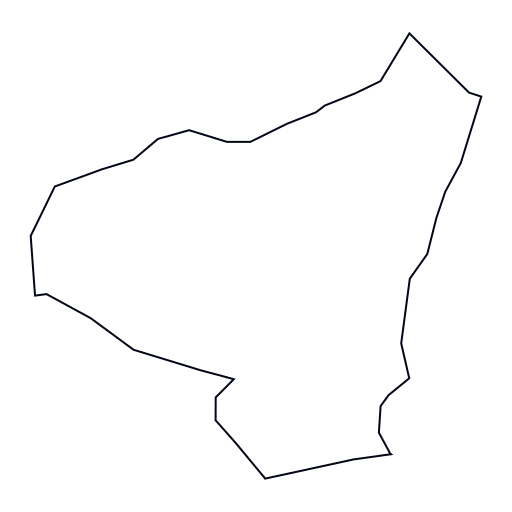 the Municipality of Berane
{"feature_id": "MNE-1509", "entity_name": "Berane", "entity_type": "Municipality", "adm_level": 1, "iso_a3": "MNE", "parent_name": "Montenegro", "parent_adm1": "", "projection": "albers", "projection_center": [19.918, 42.855], "detail": "fine", "context": "isolated", "style": "outline", "palette": "ink", "viewbox_px": 512, "rotation_deg": 0, "n_neighbors": 0, "source": "natural_earth", "source_scale": "10m", "svg_char_len": 654}
<svg xmlns="http://www.w3.org/2000/svg" viewBox="0 0 512 512"><path d="M409.2,378.3L388.6,395.1L380.6,406.1L378.9,432.7L390.1,453.4L391.0,454.2L353.6,459.4L265.1,478.6L264.8,478.1L235.8,443.1L215.6,420.3L215.7,397.4L233.8,379.2L200.0,370.1L133.6,349.8L90.7,318.2L46.5,294.1L35.1,295.6L34.8,292.6L30.7,235.9L38.5,220.0L54.8,186.5L58.1,185.3L102.2,169.2L133.4,159.7L158.0,138.9L189.1,130.2L227.0,141.9L250.3,141.9L287.1,123.7L316.0,112.3L324.9,105.5L355.3,93.3L380.5,81.1L409.4,33.4L469.0,92.6L481.3,96.6L460.8,163.0L445.3,191.6L436.4,217.9L427.3,254.0L409.8,278.7L401.2,343.4L409.1,377.7L409.2,378.3Z" fill="none" stroke="#020617" stroke-width="2"/></svg>